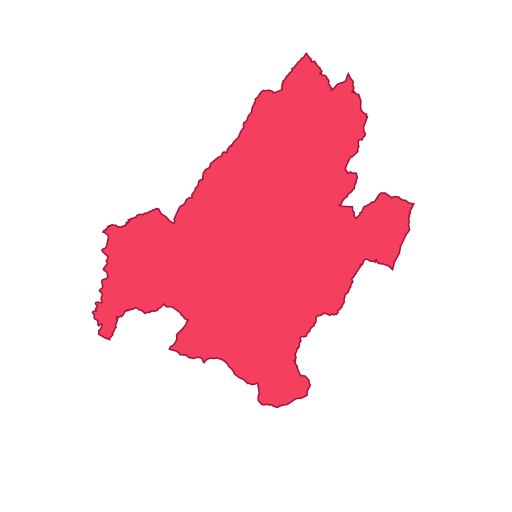 Rulindo, Northern, Rwanda (Mercator projection), rotated 58°
{"feature_id": "39286606B38837433870904", "entity_name": "Rulindo", "entity_type": "district", "adm_level": 2, "iso_a3": "RWA", "parent_name": "Rwanda", "parent_adm1": "Northern", "projection": "mercator", "projection_center": [30.0, -1.752], "detail": "fine", "context": "isolated", "style": "filled", "palette": "rose", "viewbox_px": 512, "rotation_deg": 58, "n_neighbors": 0, "source": "geoboundaries", "source_scale": "gbopen_adm2", "svg_char_len": 6129}
<svg xmlns="http://www.w3.org/2000/svg" viewBox="0 0 512 512"><g transform="rotate(58 256 256)"><path d="M246.0,380.6L245.7,379.4L247.5,375.8L247.0,375.4L248.2,371.9L248.9,371.8L249.9,368.3L248.9,367.3L249.2,364.6L247.9,359.7L251.6,358.8L254.1,354.8L256.2,353.4L264.4,350.2L266.1,350.7L268.4,349.7L271.5,349.7L274.0,347.4L274.6,347.6L274.6,349.0L277.0,351.7L278.3,355.7L278.9,356.0L279.2,359.2L279.9,359.8L279.5,360.1L280.1,361.2L279.8,362.3L280.8,365.2L284.1,366.9L286.5,370.0L287.9,374.3L287.5,376.7L289.1,378.9L294.6,373.8L297.9,372.6L299.3,372.8L303.0,367.9L306.6,366.6L309.9,363.2L310.7,359.5L313.1,356.7L314.8,356.2L318.0,356.9L319.0,356.2L318.0,354.5L317.7,351.9L318.5,349.0L321.2,345.1L321.7,343.2L326.0,339.6L329.5,338.1L332.9,337.4L334.8,337.7L338.4,336.6L342.9,336.3L344.2,336.9L350.2,334.7L354.2,331.9L359.8,330.6L360.5,329.0L362.5,328.2L364.0,325.1L364.2,322.7L365.0,322.1L373.8,325.8L377.0,329.2L379.8,330.6L384.6,330.0L386.4,328.3L387.3,325.8L389.9,323.0L390.2,321.8L393.2,320.4L395.7,318.1L396.3,313.2L398.5,308.1L398.2,297.6L400.6,292.9L401.2,286.6L397.8,284.2L394.3,278.4L392.0,278.3L389.7,277.0L383.9,277.9L380.8,281.6L371.8,280.2L371.8,279.5L367.5,279.6L365.9,278.4L365.4,278.9L365.3,278.2L364.6,278.9L364.3,276.9L363.1,275.7L361.5,275.5L358.8,273.6L358.8,272.6L356.2,270.1L356.7,269.4L355.7,267.2L352.5,265.2L352.3,263.5L351.0,262.5L349.5,262.4L348.6,261.4L348.5,259.9L350.0,258.0L350.6,255.8L348.8,253.7L348.0,249.8L347.2,249.4L346.2,247.5L345.8,243.6L344.0,242.0L344.3,241.2L343.1,239.7L339.7,237.3L339.4,235.9L340.6,232.5L340.6,228.4L343.1,226.1L344.5,225.7L345.5,224.3L345.3,222.4L347.1,221.3L347.4,219.1L348.1,218.7L347.5,216.5L345.7,215.7L345.9,213.5L345.2,212.9L344.8,210.2L343.4,208.8L342.2,205.9L339.0,204.0L337.7,202.2L336.5,201.9L335.4,196.9L333.1,194.0L332.5,192.3L330.2,190.2L329.3,187.5L327.0,187.3L325.9,186.5L325.2,183.4L324.0,181.7L323.9,180.3L322.6,178.9L322.2,177.0L320.4,173.8L320.5,172.8L318.4,172.0L319.8,170.4L317.1,167.1L316.8,165.7L317.4,163.4L320.7,162.0L323.1,158.9L324.3,158.3L323.0,157.4L322.8,155.9L325.8,156.6L327.8,155.4L330.2,152.4L334.9,148.7L339.9,147.4L334.4,141.6L329.3,132.4L327.9,131.9L327.2,130.6L324.7,128.8L317.4,117.3L315.3,112.0L310.4,110.1L308.5,108.2L304.5,106.3L303.7,104.7L302.0,104.2L301.7,102.5L299.8,101.8L295.4,94.5L292.3,98.0L287.7,99.9L287.0,101.4L284.6,102.9L281.7,103.7L279.0,106.8L278.4,109.9L270.9,113.2L268.8,116.7L269.3,119.5L272.5,126.0L272.4,128.2L271.5,129.8L272.3,131.5L271.6,138.7L274.9,143.2L274.4,144.9L276.0,146.0L276.9,150.9L276.1,151.5L272.7,150.9L270.9,149.4L270.5,149.9L268.7,149.9L265.3,148.2L260.3,155.6L257.3,158.7L257.1,155.9L255.6,154.3L254.0,150.5L254.1,147.8L252.4,144.5L252.1,140.9L250.9,138.4L250.9,136.9L248.1,134.7L246.5,131.8L244.9,130.9L243.2,128.5L238.7,127.2L237.1,130.1L234.6,131.5L234.9,132.9L234.3,134.5L232.7,133.9L230.0,134.6L227.0,131.2L222.2,123.4L222.9,121.9L221.4,114.4L218.6,112.5L217.5,110.6L216.9,110.8L212.4,108.2L212.6,105.8L213.8,104.6L212.3,102.8L211.9,100.1L210.2,98.4L208.2,98.5L204.0,96.8L196.9,87.7L196.2,88.5L194.4,87.0L192.7,88.6L188.5,89.6L185.3,88.5L180.2,84.9L173.4,83.3L172.0,85.2L168.7,85.6L169.2,86.7L167.9,87.8L166.9,85.5L165.2,83.9L162.1,83.2L159.7,81.2L154.6,81.7L150.4,81.1L151.5,83.1L155.0,86.9L154.9,90.9L154.0,92.7L153.5,96.1L155.3,101.8L155.2,104.1L154.4,103.1L147.2,103.0L146.8,101.6L144.5,101.2L143.0,101.9L141.9,101.2L139.4,101.9L137.7,103.8L136.2,104.3L135.7,105.3L134.9,104.7L135.3,103.5L134.3,102.1L133.1,102.7L130.1,102.1L128.4,103.1L122.0,103.1L120.5,106.2L117.9,104.8L115.6,106.1L114.8,105.5L113.5,106.0L111.0,105.7L110.8,106.2L112.9,110.5L112.6,113.1L113.6,113.9L114.0,117.5L116.5,124.7L116.1,126.3L118.6,127.6L118.3,130.2L118.8,131.3L119.7,131.6L119.6,134.1L122.4,140.0L122.0,140.4L123.2,140.9L123.2,141.8L124.9,143.5L125.7,143.3L127.1,145.4L128.1,145.1L128.8,145.9L127.4,153.7L126.6,154.8L125.3,154.6L121.8,157.7L121.3,160.2L119.7,161.6L119.5,163.6L120.4,167.0L122.2,169.9L122.5,173.5L124.2,174.3L128.5,181.0L131.6,183.4L133.4,188.7L136.3,191.9L136.6,195.7L138.6,197.6L140.6,198.4L142.2,202.7L146.1,208.2L147.5,214.9L148.7,216.5L149.0,218.4L149.8,218.6L149.0,219.6L149.5,221.3L150.9,224.3L152.8,225.8L150.8,228.1L150.7,229.4L152.9,232.6L152.3,236.0L152.9,241.1L153.7,245.7L156.3,248.3L156.0,253.1L157.8,256.8L162.8,260.9L161.9,263.1L162.2,264.7L165.8,268.3L166.3,271.2L168.4,273.5L169.9,277.8L172.4,279.1L171.3,281.6L171.3,284.2L171.6,286.0L173.1,287.5L174.1,290.3L173.7,293.0L174.4,295.5L180.1,304.2L181.7,306.1L184.0,306.8L184.7,308.3L181.1,310.5L175.1,311.6L169.6,314.2L165.1,313.5L163.8,314.2L162.6,316.0L163.3,317.5L162.2,318.7L162.6,321.3L161.8,322.4L162.0,325.0L160.7,328.1L161.1,329.7L158.9,332.8L158.5,335.5L159.3,337.0L158.7,341.3L157.8,342.5L158.7,343.4L157.8,344.7L158.9,344.5L158.9,345.9L159.6,346.0L159.2,347.1L159.8,346.6L160.3,348.2L160.4,349.0L159.9,349.0L160.7,350.5L160.5,351.3L161.2,351.7L160.3,352.7L159.8,354.6L160.2,355.4L158.6,356.6L158.8,357.3L155.5,358.7L154.3,360.7L153.1,361.4L153.3,363.2L152.5,364.4L153.2,364.8L152.6,366.6L153.4,366.5L154.1,368.3L153.7,368.8L154.4,370.0L153.7,371.2L154.6,373.1L155.6,372.1L160.4,370.4L161.6,371.0L168.9,378.0L169.5,379.4L169.0,381.7L169.4,383.7L171.4,383.7L178.5,381.7L180.9,385.7L183.6,385.7L186.0,392.3L187.3,392.6L190.6,391.1L195.2,392.7L195.9,394.7L194.8,398.7L195.2,399.6L196.3,400.7L199.0,401.3L201.1,402.6L201.7,403.4L202.0,406.7L202.8,407.2L205.8,406.5L207.4,406.9L210.5,410.4L213.0,410.5L213.7,411.4L213.5,412.3L211.3,414.4L210.6,416.7L211.8,417.6L213.6,416.9L214.6,417.1L215.8,420.2L218.1,420.6L216.6,423.5L217.4,424.7L220.6,424.4L222.2,425.9L223.8,426.1L227.0,424.4L231.2,426.7L232.1,426.0L231.2,423.1L232.8,422.7L235.2,425.8L236.1,429.1L238.9,430.9L245.4,427.5L249.3,424.4L248.4,424.2L246.9,419.0L245.9,419.1L245.0,418.2L244.9,416.9L242.5,413.8L242.5,412.5L240.4,412.0L236.7,407.1L236.1,407.6L234.9,406.2L234.3,406.8L233.7,406.4L235.4,405.1L235.1,402.7L236.2,402.2L235.0,398.6L233.2,396.0L234.2,394.6L233.6,393.7L234.7,392.8L234.1,392.0L235.2,390.9L234.8,389.0L236.1,388.4L235.8,385.5L239.0,383.6L240.0,383.7L240.8,382.0L246.0,380.6Z" fill="#f43f5e" stroke="#9f1239" stroke-width="1.5"/></g></svg>